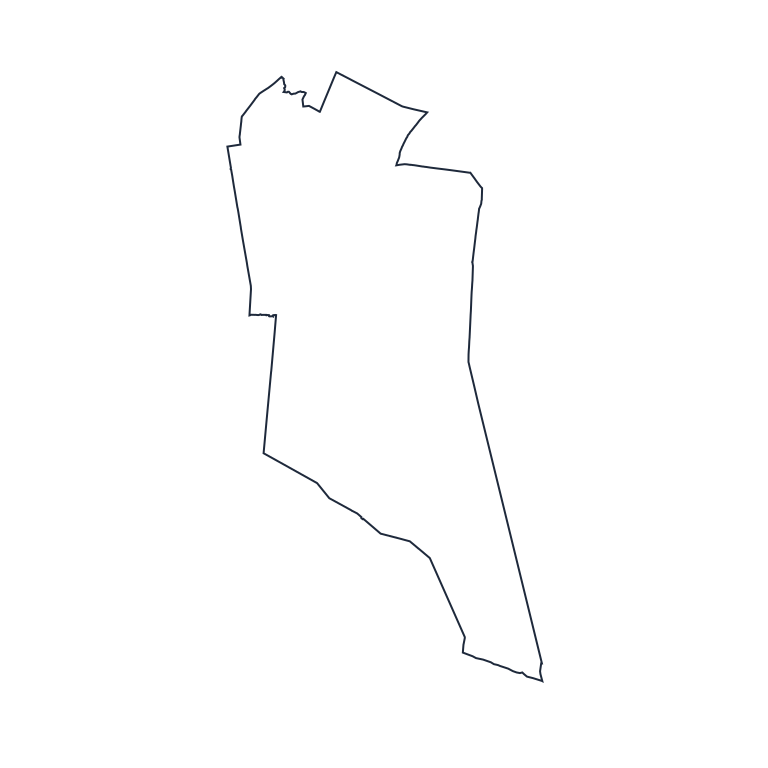 Istria, Constanta, Romania (Robinson projection), rotated 80°
{"feature_id": "2599482B58172881706540", "entity_name": "Istria", "entity_type": "district", "adm_level": 2, "iso_a3": "ROU", "parent_name": "Romania", "parent_adm1": "Constanta", "projection": "robinson", "projection_center": [28.695, 44.556], "detail": "fine", "context": "isolated", "style": "outline", "palette": "slate", "viewbox_px": 768, "rotation_deg": 80, "n_neighbors": 0, "source": "geoboundaries", "source_scale": "gbopen_adm2", "svg_char_len": 4797}
<svg xmlns="http://www.w3.org/2000/svg" viewBox="0 0 768 768"><g transform="rotate(80 384 384)"><path d="M704.1,279.7L696.9,280.3L694.0,280.2L686.4,277.7L686.6,277.0L419.3,294.6L402.6,295.5L397.4,295.8L382.2,296.7L378.0,296.9L377.1,297.0L374.9,296.6L369.6,295.6L366.1,294.8L362.6,293.9L356.4,292.5L353.3,291.7L350.2,291.0L336.4,287.9L330.6,286.6L327.3,285.8L321.4,284.5L318.6,283.9L311.7,282.4L308.2,281.6L305.9,281.0L303.9,280.5L300.5,279.7L297.0,278.8L296.9,278.8L284.1,276.1L282.9,275.9L281.4,275.9L280.0,275.8L279.6,276.0L278.9,275.8L278.9,275.6L278.7,275.5L276.8,274.9L274.4,274.2L270.4,273.0L265.9,271.6L259.9,269.8L256.3,268.7L254.1,268.1L250.1,266.8L248.7,266.4L246.3,265.6L244.1,264.9L240.5,263.8L238.4,263.1L237.0,262.7L232.1,261.2L231.6,261.0L228.7,260.1L228.1,260.0L225.9,258.5L223.4,257.0L220.5,256.2L219.6,255.7L218.4,255.5L212.7,254.3L209.8,253.7L209.5,253.6L209.4,253.6L208.1,253.4L207.7,253.7L206.7,254.4L206.0,254.8L203.7,256.0L201.2,257.3L199.3,258.2L198.7,258.5L198.0,258.8L190.9,262.3L190.9,262.7L189.1,268.3L185.2,280.5L183.1,287.2L181.1,293.8L178.9,300.9L177.6,304.7L177.2,306.1L176.9,307.0L176.6,307.8L176.5,308.4L174.4,314.4L173.7,316.5L173.3,318.0L173.0,318.7L172.9,319.2L172.8,319.7L172.7,319.8L172.6,320.5L171.6,323.5L171.4,324.4L171.1,325.5L171.0,327.3L170.9,328.9L170.8,330.7L170.8,331.7L170.8,332.2L170.8,333.1L170.8,333.4L170.8,333.6L170.7,333.6L170.7,333.8L170.4,333.6L169.5,333.3L168.7,333.0L168.2,332.7L167.2,332.0L166.3,331.4L165.4,330.9L164.0,330.0L163.2,329.6L161.0,328.8L159.2,328.4L157.6,327.6L154.6,325.6L153.8,325.2L152.2,323.9L150.9,323.1L149.2,321.8L145.9,319.4L145.0,318.5L144.8,318.3L144.2,317.9L143.6,317.6L143.2,317.3L142.8,316.9L142.2,316.1L141.8,315.6L141.5,315.3L140.9,314.9L140.5,314.5L140.0,313.9L139.6,313.3L138.9,312.5L137.3,310.7L135.2,308.4L134.8,307.8L132.8,305.6L130.8,303.5L128.5,300.5L125.5,296.2L124.0,294.3L118.7,306.9L114.2,317.0L113.6,318.1L96.9,339.8L80.7,361.0L79.4,362.7L77.9,364.6L68.6,376.8L73.8,380.2L83.4,386.3L95.3,393.9L104.8,399.9L104.7,400.2L103.4,401.7L101.7,403.8L100.8,404.9L100.1,405.8L98.9,407.3L97.1,409.6L96.9,413.2L96.7,415.3L93.4,415.1L89.7,414.9L88.4,414.0L86.7,412.8L85.8,411.8L83.9,410.5L82.9,411.7L82.4,412.7L82.3,413.7L82.0,414.7L81.3,415.3L81.6,417.9L82.6,420.8L82.4,422.6L82.7,424.6L82.3,425.0L82.1,425.5L79.7,426.9L79.5,427.9L80.0,429.0L79.0,432.1L78.6,431.7L77.7,430.9L76.5,430.6L76.0,430.8L75.9,430.8L75.3,431.0L75.1,430.9L74.7,430.0L74.3,429.7L72.9,429.4L72.6,429.5L72.2,429.7L71.5,430.2L71.3,430.2L69.4,430.1L67.0,430.2L66.6,430.2L66.0,429.8L63.9,431.4L64.0,431.5L64.5,432.2L64.2,432.5L64.6,433.0L64.9,433.6L66.4,436.0L66.5,436.1L68.6,439.5L69.7,441.5L71.0,444.0L72.4,446.8L73.1,448.6L73.8,450.2L73.8,450.3L75.6,454.5L76.2,455.8L76.5,456.4L77.1,457.1L79.2,459.4L80.8,461.3L81.3,461.8L81.5,461.9L81.7,462.1L86.6,467.3L90.5,471.6L91.1,472.3L91.5,472.6L95.2,476.7L95.8,477.5L96.0,477.6L97.5,478.1L99.7,478.7L100.6,478.9L100.8,479.0L101.3,479.1L102.1,479.4L104.6,480.1L112.3,482.4L113.1,482.6L113.9,482.9L115.5,483.4L116.0,483.5L123.3,483.8L123.0,497.0L141.7,497.2L143.6,497.2L144.4,497.2L144.7,497.2L145.3,497.6L145.5,497.7L146.0,497.7L146.4,497.3L152.9,497.3L157.4,497.4L163.5,497.5L168.3,497.5L176.4,497.6L184.4,497.7L185.9,497.6L186.1,497.6L189.2,497.6L196.3,497.7L203.4,497.8L204.8,497.8L205.4,497.9L218.6,498.0L224.5,498.0L228.6,498.0L231.9,498.0L233.8,498.0L240.4,498.0L244.1,498.1L248.9,498.1L255.8,498.1L259.4,498.1L264.2,498.1L267.3,498.5L267.7,498.6L268.0,498.6L268.7,498.8L292.7,504.5L293.1,504.6L293.0,503.7L292.7,502.9L293.0,501.7L293.1,500.9L293.4,499.7L293.5,498.8L293.7,498.1L293.9,497.3L294.1,496.6L294.3,496.0L294.3,495.5L294.3,494.9L294.2,494.5L294.1,494.3L293.9,493.8L294.0,493.4L294.2,493.1L294.6,492.9L294.8,492.5L294.8,491.8L294.9,491.0L295.0,490.7L295.1,490.1L295.4,488.3L295.7,488.3L295.9,488.0L295.8,487.7L295.6,487.6L295.8,487.0L296.2,485.3L296.6,485.2L296.8,485.4L297.1,485.5L297.4,485.3L297.6,484.8L297.9,482.0L298.1,481.7L297.8,481.7L297.5,481.7L297.2,481.6L297.0,481.2L297.0,480.7L297.3,480.0L297.1,479.7L297.1,479.2L297.4,478.3L314.5,482.8L351.7,492.8L352.2,493.0L358.0,494.6L396.0,505.0L431.3,514.6L441.2,502.4L470.0,467.1L487.0,457.7L502.8,438.0L503.1,437.8L503.5,437.4L503.6,437.1L506.8,432.9L511.1,429.4L511.6,429.6L512.2,429.6L512.5,429.4L512.7,429.0L513.4,428.5L513.5,428.4L513.5,428.0L513.3,427.7L530.8,413.3L539.5,394.2L541.5,390.0L543.4,385.9L551.5,379.1L551.9,378.8L551.9,378.7L563.4,369.1L647.2,348.4L648.1,348.5L653.8,350.7L654.5,351.0L662.2,353.0L665.1,348.1L667.5,344.0L669.9,341.0L672.6,334.3L676.6,327.1L679.0,324.4L680.1,321.7L680.8,320.2L681.8,318.8L682.9,316.7L684.5,313.7L685.9,311.1L689.1,307.0L691.1,303.5L692.3,300.3L692.1,297.9L693.9,296.6L697.0,294.0L699.6,288.2L703.8,280.1L704.1,279.7Z" fill="none" stroke="#1e293b" stroke-width="2"/></g></svg>